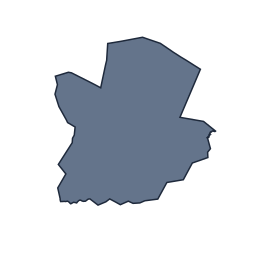 outline of Chuluut, Arhangay, Mongolia, rotated 18°
{"feature_id": "93677404B8856161133659", "entity_name": "Chuluut", "entity_type": "district", "adm_level": 2, "iso_a3": "MNG", "parent_name": "Mongolia", "parent_adm1": "Arhangay", "projection": "natural_earth1", "projection_center": [100.382, 47.497], "detail": "fine", "context": "isolated", "style": "filled", "palette": "slate", "viewbox_px": 256, "rotation_deg": 18, "n_neighbors": 0, "source": "geoboundaries", "source_scale": "gbopen_adm2", "svg_char_len": 2122}
<svg xmlns="http://www.w3.org/2000/svg" viewBox="0 0 256 256"><g transform="rotate(18 128 128)"><path d="M197.8,98.4L174.1,101.8L178.7,49.8L162.4,45.6L155.9,44.1L147.6,41.9L132.6,37.5L118.7,37.3L113.8,37.2L94.4,47.8L82.6,53.9L86.8,70.3L87.1,74.4L89.6,98.2L82.9,97.0L57.2,93.0L54.1,93.4L42.9,101.2L47.5,108.6L48.1,118.4L55.7,129.0L66.8,139.3L68.9,141.5L77.4,143.4L79.1,151.4L78.4,154.9L79.5,159.2L73.0,184.2L83.1,190.9L79.7,206.7L85.5,216.5L85.6,217.2L86.1,217.9L86.3,218.3L86.7,218.8L87.0,218.7L87.6,218.4L88.3,218.2L89.3,217.8L89.9,217.5L90.4,217.4L91.0,217.3L91.6,217.1L92.3,216.7L92.8,216.4L93.3,216.3L93.8,216.4L94.4,216.6L94.8,216.7L95.2,216.9L95.7,217.2L96.4,217.6L96.9,217.8L97.1,217.7L99.1,215.5L99.6,215.4L100.1,215.3L101.0,215.2L102.0,215.2L102.3,215.1L102.5,214.8L102.7,213.9L103.1,213.2L103.6,212.3L104.3,211.6L105.1,211.3L106.1,211.4L106.7,211.6L107.4,211.6L108.4,211.5L108.9,211.2L109.8,210.9L110.2,210.7L110.7,210.0L111.2,209.3L111.6,208.6L112.2,207.9L113.7,207.2L123.3,210.6L129.8,205.0L132.5,201.1L139.3,202.3L144.4,203.3L150.9,197.5L156.1,198.1L162.4,195.6L166.5,192.0L178.3,186.4L181.8,167.8L196.6,160.1L200.0,141.4L213.1,131.4L211.2,126.4L212.8,122.2L206.9,113.2L206.7,113.2L206.5,112.9L206.3,112.8L206.4,112.7L206.5,112.7L206.8,112.7L207.1,112.5L207.3,112.3L207.3,112.2L207.5,112.1L207.6,111.9L207.7,111.7L207.3,111.6L207.1,111.6L206.9,111.6L206.9,111.4L207.0,111.3L207.1,111.2L207.3,111.1L207.3,110.9L207.5,110.7L207.7,110.4L207.7,110.2L207.5,110.3L207.3,110.4L207.4,110.2L207.5,110.0L207.7,109.8L207.8,109.7L208.0,109.4L207.9,109.3L207.7,109.3L207.4,109.2L207.5,109.1L207.7,108.9L207.8,108.8L207.9,108.7L207.7,108.7L207.4,108.4L207.4,108.2L207.4,107.9L207.5,107.9L207.7,107.7L207.7,107.4L207.6,107.2L207.6,106.8L207.6,106.6L207.6,106.4L207.8,106.2L208.0,106.3L208.2,106.2L208.3,106.1L208.5,106.1L208.6,105.9L208.6,105.7L208.7,105.4L208.9,105.3L208.9,105.2L209.0,105.1L209.3,104.8L209.3,104.7L209.5,104.6L209.8,104.6L210.0,104.6L210.5,104.6L210.8,104.6L211.0,104.6L211.4,104.6L211.6,104.5L211.9,104.4L212.1,104.1L212.2,103.9L197.8,98.4Z" fill="#64748b" stroke="#1e293b" stroke-width="1.5"/></g></svg>